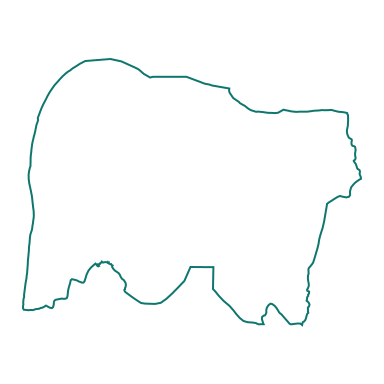 Krouch Chhmar, Kâmpóng Cham, Cambodia (Natural Earth projection)
{"feature_id": "14789045B551080395236", "entity_name": "Krouch Chhmar", "entity_type": "district", "adm_level": 2, "iso_a3": "KHM", "parent_name": "Cambodia", "parent_adm1": "Kâmpóng Cham", "projection": "natural_earth1", "projection_center": [105.671, 12.195], "detail": "fine", "context": "isolated", "style": "outline", "palette": "teal", "viewbox_px": 384, "rotation_deg": 0, "n_neighbors": 0, "source": "geoboundaries", "source_scale": "gbopen_adm2", "svg_char_len": 5534}
<svg xmlns="http://www.w3.org/2000/svg" viewBox="0 0 384 384"><path d="M23.8,309.7L27.4,310.1L28.0,310.2L28.8,310.2L29.9,310.0L31.2,310.0L32.9,310.1L33.9,309.8L35.2,309.3L36.4,309.0L37.4,308.9L39.0,308.8L40.7,307.9L42.1,307.8L43.3,307.2L44.8,306.4L45.9,305.6L47.3,306.3L48.3,306.9L50.1,307.8L51.9,308.1L53.0,307.2L53.8,304.4L53.8,302.3L54.4,300.8L55.3,299.9L56.9,299.5L59.1,299.1L61.5,298.6L63.4,298.8L65.0,298.8L66.7,298.2L67.5,296.3L68.1,290.5L68.9,287.1L70.0,283.5L70.7,280.3L71.9,279.2L75.2,279.9L77.1,280.5L78.9,281.5L81.9,282.6L83.5,282.6L84.5,281.3L85.6,278.0L86.6,274.5L88.5,270.6L90.9,267.6L93.3,265.4L94.6,264.3L95.5,263.6L96.0,264.2L97.2,265.7L98.3,266.4L99.0,266.0L98.5,265.2L97.6,264.3L98.5,264.2L99.8,264.1L100.0,263.3L100.9,262.9L101.4,262.3L101.8,261.6L102.5,262.2L103.0,262.6L103.6,262.4L105.1,262.1L105.9,262.1L107.1,262.4L107.6,262.0L107.9,262.8L108.8,262.5L108.8,263.3L109.3,263.8L110.0,264.1L111.1,264.1L111.3,264.8L112.6,265.5L112.1,266.4L112.2,267.1L113.5,269.1L114.9,270.6L117.3,272.2L118.7,273.2L119.8,274.7L120.7,276.9L121.9,278.7L123.8,280.1L124.6,281.3L125.6,283.0L125.9,284.8L125.7,286.5L125.0,288.2L125.0,289.2L124.3,289.9L124.6,291.0L125.3,292.0L132.3,297.2L138.5,301.4L141.1,303.0L145.0,303.6L150.5,303.8L155.3,303.9L160.8,302.8L166.3,298.9L172.3,293.4L177.8,287.8L184.4,280.9L190.5,267.0L202.8,267.1L213.4,267.1L213.0,289.0L215.5,291.7L218.8,295.8L223.2,300.5L225.0,302.1L229.5,305.9L233.5,310.4L236.3,314.1L239.7,317.9L243.5,321.0L247.6,322.2L253.2,322.6L256.2,323.2L256.8,323.6L258.7,324.3L261.7,324.2L263.6,324.2L263.1,323.1L262.5,321.0L261.9,319.1L262.1,317.0L263.5,315.7L265.1,315.3L266.3,312.9L266.3,309.9L266.9,307.6L268.4,305.3L270.4,303.7L272.1,304.0L274.8,305.9L276.6,308.2L277.9,310.2L278.9,312.0L279.9,313.2L281.3,314.2L285.1,318.6L287.5,321.3L289.3,323.5L290.8,324.3L292.2,324.2L295.0,323.8L297.6,323.5L300.4,323.6L302.1,325.0L302.5,323.2L302.8,322.1L304.1,321.5L305.4,319.8L306.0,318.2L306.6,315.7L307.1,314.1L308.3,312.8L307.9,311.8L308.1,310.0L307.9,308.8L307.9,307.5L309.0,306.5L309.5,304.5L309.0,303.2L307.8,301.6L306.6,300.8L307.0,299.1L307.2,297.1L308.2,295.9L308.1,294.6L309.0,293.6L309.1,291.6L307.2,290.7L307.2,289.4L308.0,288.2L308.8,285.8L308.7,283.4L308.2,281.1L307.9,278.2L308.0,275.7L308.6,273.6L308.5,271.1L308.4,269.4L308.7,268.2L310.5,266.1L312.2,264.0L313.2,262.4L314.6,258.0L317.6,247.8L318.5,244.0L319.2,239.5L320.2,235.6L321.3,232.0L322.5,228.4L324.1,221.5L327.1,203.8L328.9,202.4L331.5,200.8L333.6,199.4L337.6,196.9L340.0,196.0L342.6,196.7L346.3,197.4L348.9,196.8L350.1,195.1L350.0,191.6L350.4,189.8L351.3,187.1L353.1,184.9L354.8,183.0L356.7,181.5L359.1,179.8L361.0,178.8L360.8,178.1L360.8,176.9L360.3,175.8L359.9,175.0L359.6,173.7L359.9,172.2L359.9,171.1L359.5,170.2L358.4,169.3L357.7,169.1L357.0,167.8L356.5,166.0L355.9,164.2L354.9,162.8L354.1,161.6L353.7,160.9L354.1,160.4L355.2,159.5L355.6,157.9L355.1,155.5L355.1,153.3L355.4,151.6L355.6,149.7L355.1,146.9L354.3,146.3L352.5,145.8L352.0,145.3L351.5,144.0L351.5,142.4L351.9,140.0L351.4,139.2L350.6,138.7L349.5,138.2L348.6,137.3L348.2,136.3L347.7,135.2L347.4,134.4L347.2,133.5L346.9,131.7L347.0,130.0L347.3,128.4L347.6,127.0L347.9,125.0L347.9,123.5L348.1,121.1L348.1,120.1L348.1,118.7L348.0,116.4L348.0,115.1L347.4,114.3L347.2,113.1L345.8,112.7L344.5,112.4L342.0,112.0L340.2,111.9L338.1,111.7L336.2,111.2L333.7,110.6L332.0,110.0L330.6,109.9L328.9,110.1L326.5,110.2L324.1,110.2L321.6,110.1L319.6,110.4L316.9,110.6L314.4,110.7L311.2,111.1L310.5,111.3L309.2,111.4L307.2,111.7L306.5,111.7L305.9,111.7L304.2,111.7L302.0,111.7L299.2,111.7L296.4,111.9L293.4,111.6L290.7,111.3L288.4,110.7L286.5,110.4L284.3,109.9L283.4,109.7L278.2,112.7L275.1,113.1L271.5,112.9L267.6,112.8L263.1,112.1L258.1,111.6L256.2,111.8L254.1,111.2L250.7,110.1L248.5,108.8L245.0,106.0L240.0,103.2L239.0,102.0L233.2,98.0L229.6,92.7L229.1,90.8L229.3,88.5L212.1,85.5L210.1,84.8L209.6,84.6L204.8,83.7L190.7,78.4L186.5,76.8L153.3,76.8L152.5,76.9L151.7,77.1L151.0,77.3L150.1,77.5L143.8,73.9L138.9,69.6L136.2,68.1L121.4,61.4L110.3,59.0L85.3,61.0L82.2,62.6L80.0,63.7L77.3,65.5L74.4,67.3L73.1,68.1L72.1,68.8L71.2,69.5L70.3,70.3L68.1,71.6L65.9,73.3L62.6,76.3L60.6,78.4L57.7,81.7L54.6,85.1L52.2,88.5L49.7,92.2L47.2,96.6L45.9,99.4L44.1,102.7L42.2,106.6L40.7,110.2L39.3,114.0L38.3,116.6L37.8,118.1L38.1,120.2L37.2,122.9L36.7,124.2L36.3,125.7L36.1,126.7L35.9,127.7L35.7,128.7L35.5,129.7L35.2,131.3L34.8,132.8L34.5,134.4L34.1,135.5L33.7,137.1L33.4,138.6L33.1,139.9L32.8,140.9L32.6,142.0L32.2,143.8L32.0,145.5L31.7,147.6L31.4,150.0L31.3,151.7L31.0,153.9L30.8,155.3L30.7,157.0L30.6,158.0L30.6,159.7L30.6,161.2L30.5,163.6L30.5,165.2L30.4,166.5L29.9,167.7L29.7,168.6L29.3,170.1L29.1,171.3L28.8,173.1L28.6,175.4L28.7,177.0L28.7,179.2L28.9,180.4L29.2,183.0L29.5,184.4L30.1,187.1L30.4,188.8L30.8,190.4L31.0,191.6L31.6,194.5L31.9,196.2L32.2,198.7L32.4,200.7L32.6,202.7L32.9,205.1L33.2,207.9L33.5,209.8L33.7,211.5L33.7,212.9L33.8,214.6L33.8,216.0L33.7,217.4L33.5,218.9L33.2,220.9L33.0,222.9L32.7,224.6L32.4,226.1L32.2,228.4L31.8,230.2L31.2,232.0L30.8,233.2L30.3,234.7L30.2,235.8L30.0,236.8L29.9,238.0L29.8,239.6L29.7,240.8L29.6,242.2L29.4,244.3L29.1,246.0L29.0,247.4L28.9,249.5L28.9,251.0L28.6,253.0L28.5,254.8L28.3,256.7L28.1,258.6L27.9,260.9L27.8,262.4L27.8,263.8L27.6,266.5L27.4,269.3L27.2,271.4L27.2,272.5L26.7,275.5L26.5,277.9L26.2,279.8L25.7,282.3L25.3,285.1L24.9,288.5L24.6,290.5L24.4,292.2L24.3,293.1L24.1,294.7L24.1,297.2L23.6,298.5L23.5,299.4L23.2,302.6L23.4,304.4L23.1,305.5L23.0,307.3L23.1,308.5L23.8,309.7Z" fill="none" stroke="#0f766e" stroke-width="2"/></svg>